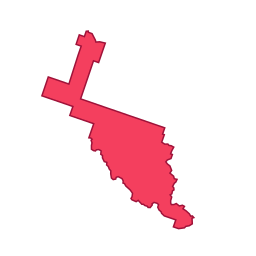 Blaine, Idaho, United States of America (Robinson projection), rotated 199°
{"feature_id": "52423323B36690361542904", "entity_name": "Blaine", "entity_type": "district", "adm_level": 2, "iso_a3": "USA", "parent_name": "United States of America", "parent_adm1": "Idaho", "projection": "robinson", "projection_center": [-114.207, 43.306], "detail": "fine", "context": "isolated", "style": "filled", "palette": "rose", "viewbox_px": 256, "rotation_deg": 199, "n_neighbors": 0, "source": "geoboundaries", "source_scale": "gbopen_adm2", "svg_char_len": 1610}
<svg xmlns="http://www.w3.org/2000/svg" viewBox="0 0 256 256"><g transform="rotate(199 128 128)"><path d="M154.5,140.1L182.3,140.1L182.5,180.3L177.1,180.3L177.1,200.9L182.8,200.3L186.3,198.8L187.5,200.5L192.7,205.5L196.7,205.6L197.1,206.7L199.0,205.9L199.0,200.2L204.4,200.2L204.3,190.2L198.9,190.2L198.9,180.4L198.2,150.3L220.0,150.3L219.9,130.4L187.1,130.4L187.1,120.9L161.8,120.9L161.8,106.0L160.0,106.4L158.3,105.7L158.9,104.4L157.2,102.2L156.9,99.6L155.6,96.0L153.2,95.4L151.3,95.7L150.8,97.1L148.6,98.1L146.6,97.8L145.9,97.5L145.2,94.3L143.2,93.7L142.4,91.4L139.5,88.5L136.8,88.6L136.2,86.1L134.1,85.2L132.4,83.1L130.3,81.9L129.4,79.0L127.4,75.3L125.2,74.4L123.0,75.7L123.1,77.5L121.5,78.8L117.2,78.2L115.3,76.4L114.8,74.3L113.2,74.3L111.3,72.5L105.7,70.1L102.5,67.8L101.8,64.4L102.2,62.3L100.9,61.4L96.3,61.0L94.8,62.9L90.1,60.4L88.5,60.9L87.0,60.2L84.2,60.3L83.2,59.4L81.1,60.0L80.0,63.2L80.6,64.1L79.2,66.1L76.0,66.3L74.2,65.5L74.1,62.8L72.0,60.6L69.5,59.6L68.5,58.3L65.1,56.7L52.9,56.7L52.9,49.3L47.4,49.3L42.1,52.0L41.3,53.8L38.3,55.5L36.0,58.3L38.1,63.6L36.6,64.7L38.5,65.8L40.1,65.1L42.0,66.8L46.2,68.6L49.7,69.5L49.1,72.3L51.4,72.7L54.1,71.0L57.8,72.3L59.6,70.6L62.0,69.7L63.1,70.7L64.0,73.2L64.2,77.0L66.4,78.5L65.1,80.1L65.5,83.0L64.4,84.4L65.2,86.3L66.8,87.3L66.2,90.9L65.2,92.4L64.9,95.4L67.7,95.1L69.2,97.3L73.7,99.0L72.9,102.1L76.0,105.8L79.0,106.8L81.2,108.3L80.4,110.6L77.4,113.1L77.4,117.4L79.3,117.4L79.2,120.8L78.5,124.8L81.4,125.3L83.6,124.9L85.1,125.8L88.0,124.7L91.5,125.6L91.5,133.5L93.3,133.5L93.3,140.1L154.5,140.1Z" fill="#f43f5e" stroke="#9f1239" stroke-width="1.5"/></g></svg>